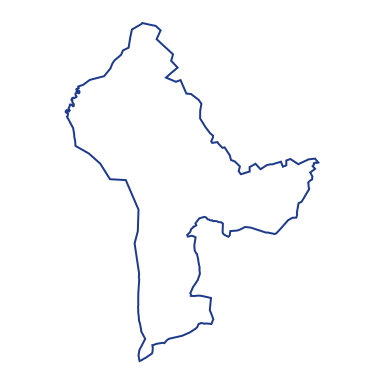 the district of Nangere, Yobe, Nigeria
{"feature_id": "59680162B90533313280833", "entity_name": "Nangere", "entity_type": "district", "adm_level": 2, "iso_a3": "NGA", "parent_name": "Nigeria", "parent_adm1": "Yobe", "projection": "mercator", "projection_center": [10.961, 11.807], "detail": "fine", "context": "isolated", "style": "outline", "palette": "blue", "viewbox_px": 384, "rotation_deg": 0, "n_neighbors": 0, "source": "geoboundaries", "source_scale": "gbopen_adm2", "svg_char_len": 4542}
<svg xmlns="http://www.w3.org/2000/svg" viewBox="0 0 384 384"><path d="M160.6,30.4L155.7,25.9L149.8,24.7L146.6,24.0L142.2,23.0L141.5,24.0L131.9,29.5L130.2,37.8L128.6,47.7L123.0,50.4L121.1,54.8L114.5,60.4L112.4,63.5L110.4,68.5L104.1,76.2L89.8,79.9L83.2,84.8L78.3,86.5L78.1,86.8L78.2,87.2L78.3,87.6L78.7,87.9L78.8,88.1L78.6,88.3L78.1,88.4L77.7,88.5L77.3,88.7L76.9,88.8L76.5,89.0L76.4,89.3L76.3,89.5L76.4,89.8L76.6,89.9L77.0,89.9L77.4,90.1L77.9,90.4L78.2,90.6L78.3,90.8L78.5,90.9L78.7,91.0L79.0,90.9L79.2,91.0L79.4,91.3L79.5,91.5L79.5,91.8L79.3,92.2L79.2,92.5L79.3,92.7L79.3,93.0L79.1,93.2L78.8,93.3L78.4,93.2L78.2,93.1L78.1,92.7L78.1,92.4L77.8,92.1L77.7,91.7L77.6,91.4L77.2,91.4L76.8,91.4L76.6,91.5L76.4,92.2L76.3,92.7L76.3,93.0L75.9,93.2L75.6,93.3L75.5,93.6L75.5,94.2L75.6,94.8L75.7,95.3L76.0,95.6L76.2,95.9L76.3,96.1L76.5,96.4L76.6,96.6L76.5,96.9L76.2,97.2L75.5,97.4L74.8,97.8L74.2,98.1L73.9,98.1L73.7,97.8L73.2,97.7L72.1,98.2L72.0,98.5L72.2,99.0L71.7,99.3L71.4,99.6L71.4,99.8L71.7,100.2L72.1,100.5L72.4,100.9L72.2,101.5L72.4,102.1L72.8,102.6L73.1,103.2L73.4,103.6L73.8,104.2L73.7,105.0L73.8,105.4L73.8,105.9L73.6,106.1L73.1,106.3L72.6,105.9L72.2,105.4L71.9,104.9L71.4,104.6L70.9,104.7L70.5,104.5L70.0,104.5L69.8,105.1L70.0,105.6L69.8,106.0L69.1,107.3L68.6,108.3L68.6,108.8L69.0,109.3L69.5,109.9L69.7,110.4L69.0,111.4L68.4,111.3L67.9,111.2L67.8,110.9L67.8,110.4L67.4,110.2L66.9,110.3L66.6,110.2L66.3,110.6L65.8,110.9L65.7,111.3L65.7,112.0L65.8,112.3L66.1,112.6L66.7,112.8L67.4,112.8L67.7,113.1L68.0,113.7L68.0,114.3L67.6,115.1L67.7,115.7L67.7,116.2L67.0,116.7L67.4,117.7L68.5,119.2L69.5,121.4L73.1,128.0L74.2,134.4L74.3,137.0L75.1,140.5L75.1,140.9L75.2,141.3L75.3,143.2L75.5,145.9L89.0,153.6L100.3,163.7L103.3,168.5L108.0,176.0L110.0,179.2L125.8,180.1L127.3,183.6L136.5,205.0L138.5,209.6L137.8,231.3L134.6,243.4L139.1,273.6L139.0,275.5L138.8,277.2L139.2,278.8L139.1,281.6L138.6,288.7L138.3,293.7L138.2,303.1L138.4,304.3L138.1,306.3L138.2,309.6L138.3,313.0L138.6,315.1L138.8,317.6L139.0,320.3L139.0,320.5L139.8,323.1L139.9,323.4L140.3,325.4L141.0,328.9L141.2,331.3L145.2,338.9L139.4,350.1L138.5,355.4L138.6,355.9L138.9,357.5L139.2,359.5L139.6,361.0L141.8,360.0L144.2,358.5L145.6,357.9L147.9,356.3L149.5,355.2L151.9,353.6L152.5,351.9L152.8,347.7L152.3,345.2L154.7,344.6L155.9,344.0L157.7,343.6L162.9,342.8L164.3,343.2L167.1,340.0L169.2,338.7L182.1,335.8L189.7,332.5L195.7,328.6L197.2,327.2L198.7,323.8L199.8,323.7L200.6,323.2L201.1,323.1L201.7,323.0L204.0,323.7L204.4,323.7L204.9,323.5L206.1,323.5L208.1,323.6L211.4,324.0L213.3,319.2L211.4,314.0L209.8,310.1L211.0,298.0L203.6,296.3L202.5,296.1L200.3,295.7L197.1,295.7L194.5,296.0L190.8,295.9L190.9,294.5L190.3,293.3L193.1,286.9L196.1,282.7L196.1,282.4L197.8,280.1L198.3,278.2L198.7,277.4L199.9,273.7L199.4,268.9L199.7,268.2L198.2,260.4L198.3,259.9L196.9,253.8L196.3,253.5L194.7,250.5L194.3,245.4L195.6,237.3L194.4,236.7L192.4,235.9L191.1,235.8L189.0,236.4L187.7,236.5L187.2,235.0L188.3,233.7L189.7,232.7L190.5,231.1L191.1,229.1L192.6,227.9L192.9,227.6L193.4,227.2L193.4,226.9L193.5,226.9L193.9,226.5L194.5,226.3L195.7,225.8L196.1,225.4L196.3,225.2L195.4,223.4L199.2,218.4L204.2,216.9L206.2,217.5L207.6,219.3L209.1,219.6L209.8,220.2L211.1,220.5L212.2,220.3L213.2,221.2L214.3,221.0L216.7,221.2L219.1,222.2L221.0,222.2L222.9,223.5L222.6,232.3L222.9,233.3L223.3,233.8L223.8,234.4L224.4,234.8L226.5,235.9L228.4,236.8L229.7,235.4L230.3,231.1L237.5,230.5L240.2,229.5L242.0,228.6L243.7,227.6L245.2,227.0L249.7,227.5L249.8,227.5L250.4,227.5L265.7,232.5L267.6,232.5L274.7,234.0L276.2,233.4L280.2,229.2L288.1,220.2L292.4,217.8L296.3,217.6L297.2,214.6L296.8,213.0L297.9,206.9L298.6,203.1L301.6,201.8L305.7,194.9L307.7,191.5L309.2,189.0L308.6,186.8L308.5,184.5L308.2,182.5L309.9,180.8L312.1,179.4L312.4,176.4L310.2,172.5L315.1,168.8L312.6,166.1L314.0,164.5L313.8,163.3L315.4,162.7L316.6,163.0L318.3,162.5L315.0,158.6L308.5,159.4L298.3,164.2L290.4,159.0L286.3,160.5L286.3,165.3L282.9,166.7L280.9,161.7L278.8,162.4L275.6,163.3L272.6,164.3L270.4,164.3L268.4,164.8L267.1,165.0L264.7,166.5L260.6,169.2L260.4,169.1L255.5,163.8L249.6,167.1L249.7,171.5L241.0,174.2L240.8,174.2L238.7,171.2L239.9,166.4L234.9,161.5L231.0,160.0L229.7,155.0L229.5,154.9L224.6,147.4L222.4,147.8L218.2,143.4L217.5,142.1L212.2,142.9L211.2,141.5L213.0,137.3L213.0,135.6L210.2,133.4L205.1,126.6L200.1,118.4L200.2,110.7L201.4,103.8L201.0,103.2L198.6,99.8L191.0,94.0L186.4,93.6L180.5,80.1L175.9,81.8L166.0,77.6L170.5,73.6L171.4,72.8L177.6,67.6L171.2,60.8L173.0,54.3L156.6,39.2L160.6,30.4Z" fill="none" stroke="#1e3a8a" stroke-width="2"/></svg>